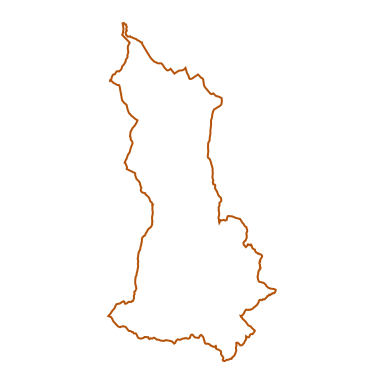 Santa Isabel, Azuay, Ecuador (Equal Earth projection)
{"feature_id": "8360857B32737896699989", "entity_name": "Santa Isabel", "entity_type": "district", "adm_level": 2, "iso_a3": "ECU", "parent_name": "Ecuador", "parent_adm1": "Azuay", "projection": "equal_earth", "projection_center": [-79.364, -3.175], "detail": "fine", "context": "isolated", "style": "outline", "palette": "amber", "viewbox_px": 384, "rotation_deg": 0, "n_neighbors": 0, "source": "geoboundaries", "source_scale": "gbopen_adm2", "svg_char_len": 6022}
<svg xmlns="http://www.w3.org/2000/svg" viewBox="0 0 384 384"><path d="M110.1,80.9L110.5,80.7L111.6,81.1L113.3,82.7L116.4,84.5L117.5,85.0L119.2,85.2L119.7,86.8L122.1,100.3L124.0,102.7L126.6,104.9L127.6,109.4L128.9,112.9L131.3,115.6L135.5,119.1L137.5,120.3L137.0,121.8L135.0,125.2L132.4,128.3L130.4,132.2L130.4,133.6L130.0,136.3L130.1,136.8L130.7,137.3L130.6,139.1L131.0,140.1L131.7,140.7L132.5,142.5L132.6,143.4L130.9,147.5L129.6,152.4L127.9,154.9L126.4,159.2L125.7,160.1L125.5,161.0L124.7,162.4L124.6,162.8L125.6,163.4L125.9,164.7L126.9,166.6L127.0,167.4L126.7,169.0L135.2,173.2L135.2,175.3L136.5,179.0L138.2,180.6L139.9,182.8L140.0,184.6L140.5,185.3L140.7,186.6L141.4,187.6L140.7,189.9L140.9,190.9L142.0,192.4L145.3,193.3L145.6,194.7L146.9,195.5L149.0,197.6L150.4,201.4L151.4,202.2L153.0,204.6L152.2,205.2L152.5,206.5L152.4,209.8L152.8,212.4L152.7,214.2L152.1,216.6L152.1,219.9L152.5,221.6L152.1,222.3L152.2,224.3L151.1,226.8L149.7,228.1L148.9,228.4L147.5,230.4L146.5,232.4L145.7,233.3L145.2,235.2L144.9,235.6L143.9,235.9L142.3,237.6L141.8,239.9L141.8,242.2L141.3,243.2L141.3,244.5L140.6,246.7L140.1,249.8L139.1,251.3L138.4,253.7L138.0,257.4L137.6,258.6L138.1,259.7L138.0,260.9L138.3,262.0L137.8,263.9L138.2,266.0L137.2,271.7L136.6,273.4L136.5,275.5L135.5,277.0L135.6,278.1L135.2,279.7L135.3,280.9L135.1,282.6L136.4,288.5L135.2,291.2L134.3,291.9L134.3,292.7L134.6,294.3L133.9,295.5L134.0,298.0L133.7,299.2L132.9,301.0L132.0,301.1L131.2,302.0L128.6,301.8L126.9,303.3L126.0,303.7L124.9,303.6L124.3,301.6L123.7,301.3L122.0,302.0L120.1,303.4L116.5,304.2L115.6,305.6L114.7,308.1L112.2,310.9L110.4,313.8L108.3,316.1L111.1,317.1L111.8,318.1L113.4,321.4L118.0,326.4L120.0,327.2L121.7,326.5L123.6,326.3L125.7,327.0L128.8,330.9L130.7,331.1L131.8,331.9L132.8,332.0L133.8,333.4L135.8,333.4L136.8,334.9L137.8,337.3L138.6,338.0L140.8,338.7L143.6,337.9L144.5,337.0L145.0,337.0L148.2,337.2L148.6,338.5L149.4,339.1L150.4,338.3L152.2,338.6L153.9,337.7L154.5,337.8L156.9,339.7L158.3,339.6L160.6,340.6L164.2,340.9L165.5,340.2L166.3,340.2L171.1,341.1L172.6,341.9L174.1,343.6L175.1,343.0L176.2,340.7L177.7,339.4L180.2,339.8L183.0,338.5L184.2,338.5L185.8,338.0L187.7,338.7L189.7,338.2L190.8,335.2L191.7,334.6L192.6,334.7L194.7,337.3L197.9,337.9L198.8,337.8L200.1,335.5L201.2,334.9L202.6,336.3L203.5,337.7L204.1,340.4L204.6,341.3L204.7,342.6L205.4,343.5L205.9,343.8L206.9,343.6L208.8,344.0L210.1,344.8L210.5,345.6L211.4,345.7L213.3,346.8L214.3,346.9L215.8,345.9L216.0,346.4L216.0,348.5L216.8,349.1L217.9,349.4L220.6,350.9L221.2,352.3L220.9,354.0L223.2,357.3L223.3,358.4L222.7,359.8L222.9,360.5L223.9,361.0L224.8,361.0L226.5,359.9L228.6,359.7L230.3,358.7L231.4,358.9L231.9,358.4L232.2,357.4L234.3,355.7L235.1,354.0L236.3,350.8L235.9,347.8L236.5,345.4L236.2,343.0L237.1,342.6L238.3,343.1L240.3,345.4L242.1,345.2L244.2,342.8L245.0,340.9L246.1,339.4L246.1,336.3L247.7,337.3L249.0,337.2L250.2,334.6L250.8,334.2L252.6,334.1L254.7,331.2L254.8,330.5L252.3,328.4L250.9,326.6L248.2,325.3L245.5,321.5L242.6,318.8L241.7,317.3L241.0,316.9L240.6,315.8L241.5,316.0L243.3,314.3L244.3,312.6L244.9,311.1L246.2,309.6L248.2,310.0L249.1,309.6L249.9,309.9L250.5,309.7L253.1,308.4L253.9,307.3L255.4,306.5L255.8,305.8L257.3,304.7L257.7,303.6L258.5,302.7L258.9,300.9L259.6,300.0L260.2,299.8L262.0,300.2L262.9,299.2L263.5,299.5L264.6,299.3L267.1,296.8L267.3,296.1L268.2,295.9L269.1,294.7L269.6,295.2L270.1,295.2L271.6,293.7L272.1,293.8L272.8,293.5L273.1,293.0L274.1,293.2L274.9,292.4L275.5,291.2L275.7,289.7L273.7,289.0L270.2,288.5L268.4,287.8L266.3,286.0L265.9,284.9L264.3,283.3L262.8,282.6L259.3,281.8L258.7,281.2L257.9,278.9L257.9,278.0L257.5,276.6L258.2,274.2L258.3,271.9L258.9,270.4L259.5,270.1L259.8,268.6L260.4,268.5L260.6,267.8L259.9,266.5L260.1,265.0L259.4,263.6L259.6,261.6L260.2,261.6L260.2,259.6L261.5,257.8L262.1,256.6L262.1,256.1L261.7,255.1L261.0,254.5L259.5,254.2L258.7,253.4L258.0,253.7L257.3,253.0L256.0,252.3L255.2,251.0L254.9,249.6L253.2,248.9L252.3,247.9L251.8,246.0L251.0,244.5L250.6,244.5L250.1,245.3L248.9,244.9L248.4,244.3L247.9,244.3L246.9,246.1L245.9,247.1L243.6,244.6L243.4,242.9L244.6,241.2L245.6,240.5L246.7,237.6L246.8,235.7L246.5,235.0L246.4,233.4L247.3,230.9L246.4,227.2L245.4,226.6L244.5,225.7L243.7,224.1L242.3,222.6L240.1,219.0L235.8,217.9L232.3,216.4L228.2,216.0L227.8,216.2L227.4,216.9L226.7,219.9L225.2,220.6L224.0,219.9L221.2,220.5L220.6,220.2L219.3,222.8L219.0,221.5L219.0,219.4L218.5,218.4L218.6,216.8L219.2,215.0L219.1,212.2L218.6,210.2L218.8,208.9L218.6,207.6L219.2,206.3L219.6,204.6L219.3,203.1L221.3,200.9L221.2,199.0L220.7,197.5L219.9,197.0L218.3,195.2L218.0,194.0L217.5,193.1L217.0,191.3L216.2,190.5L215.8,189.4L214.9,188.3L215.3,185.8L215.1,185.0L214.4,184.4L213.5,184.4L213.1,183.9L212.8,182.1L213.3,180.5L212.4,177.4L212.8,173.0L212.6,171.0L212.6,168.3L210.2,160.0L209.4,158.8L208.1,157.7L207.7,156.6L208.3,151.4L208.0,147.1L208.2,143.2L208.5,142.2L209.1,141.6L209.6,140.2L209.8,137.0L210.4,133.9L210.4,130.1L211.1,124.8L211.0,120.5L212.0,117.4L212.2,115.0L213.0,111.7L214.0,109.5L220.2,105.7L221.2,104.6L221.5,103.9L221.9,100.6L221.6,98.1L219.1,96.8L215.9,95.9L213.2,93.4L211.8,94.1L210.6,93.9L205.3,87.6L204.4,86.3L203.9,84.7L203.2,79.7L202.7,78.5L201.3,77.9L198.0,74.5L191.7,78.8L189.8,78.9L189.3,78.5L188.5,75.7L187.0,73.0L185.5,67.9L184.3,69.2L183.5,69.8L182.4,70.3L178.8,70.7L174.4,73.6L170.6,68.8L169.4,69.8L167.9,70.4L167.0,70.3L164.7,67.9L162.4,64.4L161.2,63.3L157.9,63.3L154.1,61.5L151.2,58.6L148.5,54.5L142.8,45.1L142.2,43.9L142.0,42.5L140.9,42.3L138.8,40.7L137.4,40.2L136.4,39.2L133.2,38.0L132.0,37.3L130.9,37.2L130.2,36.3L127.9,36.7L126.1,34.8L125.6,32.6L126.1,31.5L126.9,30.7L126.2,29.5L126.8,26.8L126.0,25.3L126.1,24.6L125.3,24.6L123.9,23.0L122.6,23.3L123.5,28.5L122.9,33.2L122.2,34.9L129.7,42.6L127.9,46.3L127.8,48.6L128.3,51.8L128.1,53.3L127.4,55.1L127.5,57.4L126.1,59.3L125.7,60.2L125.8,60.9L124.2,64.2L122.3,66.1L121.6,68.6L120.7,70.0L119.0,71.5L118.1,71.2L116.6,71.4L114.8,74.3L113.7,74.4L112.7,75.0L111.6,77.9L111.3,79.3L110.1,80.1L110.1,80.9Z" fill="none" stroke="#b45309" stroke-width="2"/></svg>